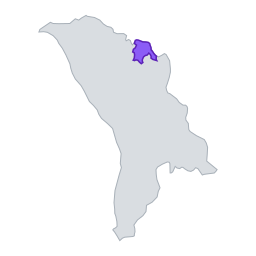 Moldova, with Camenca highlighted
{"feature_id": "MDA-1652", "entity_name": "Camenca", "entity_type": "District", "adm_level": 1, "iso_a3": "MDA", "parent_name": "Moldova", "parent_adm1": "", "projection": "mercator", "projection_center": [28.71, 47.999], "detail": "fine", "context": "in_parent", "style": "filled", "palette": "violet", "viewbox_px": 256, "rotation_deg": 0, "n_neighbors": 0, "source": "natural_earth", "source_scale": "10m", "svg_char_len": 2492}
<svg xmlns="http://www.w3.org/2000/svg" viewBox="0 0 256 256"><path d="M38.9,32.0L39.9,29.4L50.4,22.3L53.1,23.5L58.6,23.7L69.8,23.5L75.3,18.8L78.7,20.1L81.5,18.0L86.1,15.4L86.7,15.9L87.3,16.3L94.5,17.5L99.8,20.1L103.4,24.0L107.1,26.4L110.9,27.3L113.0,29.3L113.5,32.2L117.0,33.7L123.7,33.6L126.6,35.6L125.6,39.5L126.2,40.8L128.6,39.5L130.4,40.6L131.4,43.5L132.5,44.9L135.9,40.4L139.5,40.8L148.2,42.7L152.9,52.1L155.8,55.5L158.4,56.9L161.6,55.4L164.4,53.6L166.1,54.5L169.6,60.7L170.4,68.8L170.4,72.1L169.2,77.6L167.4,83.4L166.0,87.2L166.6,90.3L167.8,92.9L169.9,93.7L176.7,98.9L179.2,102.4L182.9,105.1L185.7,105.2L187.1,106.7L187.6,108.5L187.2,113.1L185.7,117.4L185.9,120.1L188.3,123.4L188.6,127.2L188.8,129.6L190.1,131.5L196.3,135.6L204.3,139.6L206.3,143.1L207.6,147.4L207.2,154.7L206.7,161.1L217.1,169.6L216.0,171.2L214.3,173.0L204.3,174.3L202.3,175.0L197.9,168.6L195.6,167.7L193.5,170.1L190.9,171.4L187.9,170.8L184.7,168.8L183.0,167.4L181.7,167.2L179.7,168.6L177.0,168.0L175.2,166.4L172.7,171.9L171.1,173.0L170.1,172.9L169.9,163.6L169.2,162.2L167.2,162.0L162.3,164.2L157.6,167.0L156.0,169.6L156.2,174.1L156.9,179.5L160.0,187.8L158.3,191.3L157.1,197.0L152.1,202.2L146.5,205.3L146.0,211.5L142.9,215.7L137.5,219.9L133.9,225.0L134.8,228.5L135.0,231.8L134.4,234.0L134.3,235.8L132.9,236.5L124.7,237.2L122.4,238.2L119.8,240.6L117.2,236.1L114.6,232.0L112.8,229.9L113.5,228.9L115.6,227.8L117.1,226.4L116.9,221.6L115.8,216.1L114.8,213.4L114.7,209.2L114.0,202.7L115.0,190.5L119.1,175.2L121.4,167.6L120.3,163.4L121.1,153.6L119.4,148.7L116.6,142.4L112.6,128.5L107.7,123.7L101.5,118.4L98.9,114.4L97.2,109.9L93.5,105.5L89.4,101.5L84.4,91.4L81.8,86.8L81.0,85.5L75.3,79.0L72.3,73.1L70.8,68.3L69.9,63.8L65.9,54.9L62.3,48.2L58.8,43.4L57.2,40.0L53.2,35.7L47.4,32.3L43.7,31.7L38.9,32.0Z" fill="#d9dde1" stroke="#a8b0b8" stroke-width="1"/><path d="M136.5,39.9L138.1,40.0L142.8,41.9L146.3,42.0L148.1,42.3L149.5,43.3L149.9,43.9L150.0,44.4L150.0,45.0L150.2,45.5L151.0,47.4L151.1,49.4L151.2,49.9L151.6,50.4L152.4,51.2L152.7,51.7L153.8,53.5L155.4,55.3L156.5,56.2L156.2,57.4L156.2,59.8L156.5,60.0L156.8,60.6L152.7,59.4L151.7,58.6L151.0,58.1L151.1,56.2L150.2,54.4L148.8,53.1L148.4,53.7L148.1,54.0L147.3,55.0L146.4,55.3L145.5,55.4L143.6,56.8L142.4,59.5L142.3,61.1L142.9,62.5L141.3,63.7L139.5,62.2L137.9,60.3L135.9,59.9L134.5,60.6L133.2,60.2L134.2,58.2L134.6,54.9L134.2,52.7L132.7,52.0L133.4,49.3L135.3,47.8L136.5,45.1L134.4,43.5L134.4,43.2L135.3,40.4L136.5,39.9Z" fill="#8b5cf6" stroke="#5b21b6" stroke-width="1.5"/></svg>